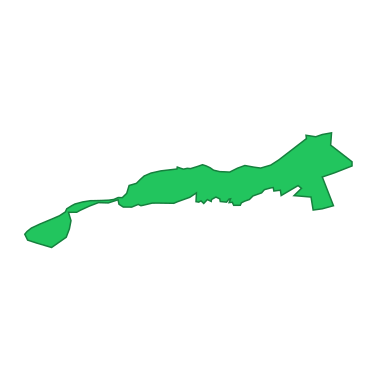 the district of Bektemir, Tashkent, Uzbekistan, rotated 24°
{"feature_id": "79887680B40109116454398", "entity_name": "Bektemir", "entity_type": "district", "adm_level": 2, "iso_a3": "UZB", "parent_name": "Uzbekistan", "parent_adm1": "Tashkent", "projection": "natural_earth1", "projection_center": [69.289, 41.186], "detail": "fine", "context": "isolated", "style": "filled", "palette": "green", "viewbox_px": 384, "rotation_deg": 24, "n_neighbors": 0, "source": "geoboundaries", "source_scale": "gbopen_adm2", "svg_char_len": 1547}
<svg xmlns="http://www.w3.org/2000/svg" viewBox="0 0 384 384"><g transform="rotate(24 192 192)"><path d="M131.9,211.6L132.9,219.8L130.6,225.5L126.8,227.1L123.6,230.6L119.3,233.3L113.3,236.3L107.0,239.3L102.7,241.3L96.2,245.5L89.9,250.6L87.7,253.4L84.4,258.3L84.4,261.7L80.6,267.6L73.0,275.8L66.2,283.0L59.9,290.3L57.4,295.1L56.4,298.6L61.4,302.8L71.2,301.8L86.3,299.8L95.5,284.5L95.0,275.6L93.1,267.4L87.4,260.8L94.9,257.4L97.4,254.1L104.0,246.6L110.8,239.8L120.0,236.0L127.6,229.2L130.3,232.9L135.3,233.7L143.1,230.3L147.9,225.2L150.9,225.3L152.6,224.1L160.2,218.3L166.2,215.6L180.0,209.7L182.8,206.7L192.1,197.8L196.4,191.0L199.6,199.2L202.3,198.5L203.8,196.4L207.4,197.7L209.1,192.7L213.4,192.8L212.9,190.9L215.9,186.9L220.2,187.0L221.7,189.2L227.7,187.2L228.7,183.4L230.0,182.5L230.2,186.6L233.0,185.0L235.5,187.2L241.5,184.5L241.5,181.8L243.8,179.0L247.5,175.5L249.3,170.8L255.9,164.5L257.2,160.4L262.2,156.3L264.4,154.9L266.4,157.8L272.0,154.4L274.9,159.0L286.3,143.0L290.5,144.1L286.7,153.8L302.8,148.2L310.0,159.2L317.8,154.4L326.8,147.0L304.9,125.3L314.5,116.4L327.6,103.1L325.9,99.3L299.6,92.8L295.4,81.2L287.6,86.5L282.6,91.2L273.1,93.8L274.8,96.7L258.1,127.6L253.0,135.4L245.0,142.2L238.5,144.1L229.5,146.3L223.9,151.7L218.3,158.5L213.6,160.3L209.1,162.1L202.8,163.3L198.8,162.5L194.3,162.4L190.5,162.8L186.8,166.3L181.2,171.2L178.0,172.3L174.9,174.6L171.2,175.0L168.4,175.2L168.9,177.1L164.7,179.6L154.9,185.4L146.8,191.4L141.8,196.8L139.7,201.5L137.7,206.7L131.9,211.6Z" fill="#22c55e" stroke="#15803d" stroke-width="1.5"/></g></svg>